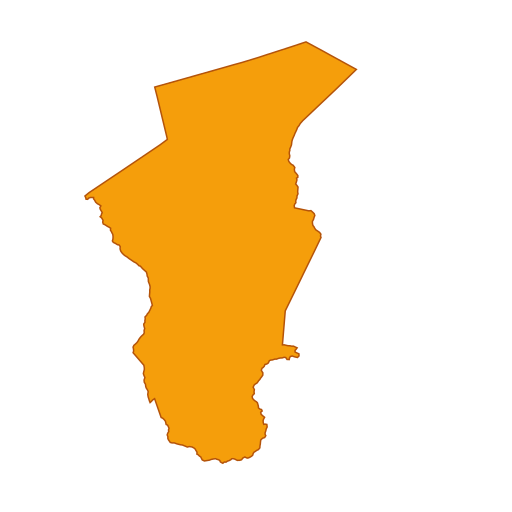 the district of Vitória da Conquista, Bahia, Brazil, rotated 344°
{"feature_id": "56859067B29313776642568", "entity_name": "Vitória da Conquista", "entity_type": "district", "adm_level": 2, "iso_a3": "BRA", "parent_name": "Brazil", "parent_adm1": "Bahia", "projection": "mercator", "projection_center": [-40.964, -15.074], "detail": "fine", "context": "isolated", "style": "filled", "palette": "amber", "viewbox_px": 512, "rotation_deg": 344, "n_neighbors": 0, "source": "geoboundaries", "source_scale": "gbopen_adm2", "svg_char_len": 4904}
<svg xmlns="http://www.w3.org/2000/svg" viewBox="0 0 512 512"><g transform="rotate(344 256 256)"><path d="M108.1,151.2L108.4,152.9L108.3,154.6L109.8,155.1L111.3,154.2L112.9,154.1L114.7,154.6L116.0,155.0L115.6,156.3L116.2,157.6L116.7,160.0L118.0,162.1L119.5,163.5L120.7,165.1L119.2,166.6L119.2,168.3L119.8,170.4L120.1,172.0L119.1,173.0L118.4,174.4L117.0,175.3L118.1,176.8L118.8,179.5L118.0,181.2L118.0,183.1L119.3,184.2L120.3,185.3L121.3,186.5L122.8,187.9L123.9,189.2L123.2,191.1L123.7,192.6L123.9,194.0L124.3,195.8L123.9,198.1L123.1,200.4L122.1,201.9L122.6,203.6L124.4,205.2L126.0,207.0L127.3,207.5L128.1,209.5L127.3,211.7L127.3,213.8L127.9,215.8L128.8,217.6L129.8,219.2L130.8,220.3L131.9,221.5L133.2,223.4L135.3,225.9L137.1,228.1L138.5,229.3L139.9,231.3L140.8,233.1L142.1,233.9L142.9,235.7L143.6,237.1L144.8,239.0L146.2,241.2L146.2,243.4L145.9,245.3L146.4,247.4L146.0,248.9L145.5,251.0L145.8,253.6L145.8,255.8L145.4,257.6L144.5,259.3L143.9,261.5L143.2,263.3L142.4,265.5L142.9,267.6L142.8,274.9L141.4,275.8L140.5,277.2L139.0,278.9L137.3,280.7L135.8,281.5L134.6,282.8L132.5,284.0L132.2,285.9L131.4,287.4L131.0,289.1L129.3,290.5L129.0,292.3L129.0,293.6L129.0,295.1L127.9,296.7L127.4,299.0L126.4,300.2L124.9,300.9L123.4,301.7L122.3,302.4L120.5,303.8L119.3,305.1L117.7,306.4L115.6,307.5L114.0,308.2L112.7,309.7L112.6,311.5L112.2,313.6L111.2,315.1L118.1,330.1L117.8,332.8L117.3,334.5L116.2,336.3L115.3,338.0L115.4,340.1L115.7,342.2L114.2,344.4L113.8,346.5L114.4,348.8L114.0,351.3L114.2,353.1L114.7,354.5L115.0,356.6L113.8,359.2L113.5,361.8L113.6,363.8L113.6,365.9L113.8,367.7L115.4,366.9L117.0,365.9L119.2,365.2L120.3,385.1L121.6,386.2L122.6,387.9L123.4,389.9L123.3,391.5L123.2,393.2L124.4,394.2L124.7,396.0L124.9,397.7L123.9,399.1L123.8,400.6L122.4,401.9L121.3,403.5L121.5,405.4L121.0,406.9L121.1,408.3L121.6,409.8L122.2,411.6L123.9,412.6L125.9,413.1L127.9,414.6L129.9,415.8L131.5,416.7L133.2,417.4L134.8,418.7L136.1,419.7L137.3,420.7L139.4,420.8L141.8,421.9L143.4,423.4L144.3,424.7L144.6,426.1L145.2,428.3L144.6,430.2L145.7,431.2L146.4,432.6L147.5,433.9L147.8,435.6L148.1,437.2L149.9,438.8L152.4,439.1L154.9,439.4L156.9,439.2L159.3,439.4L161.3,439.7L162.3,440.6L163.7,441.4L164.8,442.5L165.0,444.1L166.0,445.2L167.0,446.1L168.7,445.3L170.4,445.9L172.0,445.3L173.6,445.3L175.6,444.9L176.8,444.2L178.1,444.5L179.4,445.2L180.6,446.3L181.7,447.3L184.1,447.9L185.9,447.9L187.7,446.6L189.9,446.1L191.2,447.4L192.4,448.0L193.8,447.9L195.3,447.6L196.9,447.1L198.0,446.5L198.8,445.1L199.9,444.1L201.3,443.7L203.3,443.0L204.9,442.8L206.8,441.5L207.5,439.5L208.3,438.0L209.1,435.9L209.9,434.1L212.1,433.0L214.3,432.9L215.9,431.4L215.6,429.9L216.0,428.5L217.2,426.8L218.1,425.1L219.6,423.4L220.0,420.9L218.4,420.1L217.1,420.0L217.0,418.4L217.4,416.3L218.4,414.8L219.8,413.4L218.2,411.1L217.3,409.5L217.4,407.5L219.2,406.7L219.0,405.1L217.6,404.3L216.5,402.7L216.9,400.8L216.9,399.3L216.9,397.5L216.2,396.2L215.2,395.1L214.1,393.5L213.4,391.8L213.6,389.9L215.0,388.6L216.4,387.9L216.7,385.9L217.6,384.0L217.1,381.3L218.7,379.5L220.2,378.8L221.7,378.5L223.0,377.6L224.1,376.6L225.7,375.7L226.7,374.7L228.0,373.8L229.7,372.4L230.4,370.1L229.9,368.6L229.6,367.3L230.8,365.6L232.2,365.1L233.6,364.2L234.7,362.7L236.6,362.8L238.4,362.2L240.0,360.3L241.5,360.1L242.8,360.4L244.1,360.4L245.6,360.3L247.4,360.8L249.2,360.6L251.0,360.7L253.2,361.2L255.1,361.1L256.6,361.8L257.3,364.0L259.4,364.7L260.2,363.1L261.3,362.1L263.2,362.1L265.2,363.5L267.9,365.0L269.8,363.9L270.3,361.9L269.0,360.8L267.1,359.1L267.5,357.5L268.7,356.8L270.2,355.6L268.9,354.5L267.2,353.0L265.4,352.5L264.0,351.7L261.9,351.0L260.1,350.0L258.7,349.2L256.9,348.7L269.0,316.8L282.1,302.3L294.0,289.1L296.4,286.4L313.1,267.9L323.6,256.1L323.5,254.6L324.4,252.9L323.6,250.8L322.3,249.2L320.7,247.3L320.1,245.6L319.8,243.9L319.1,242.2L319.3,240.0L319.8,238.2L321.3,236.8L322.5,234.8L323.7,233.3L323.6,231.3L322.4,229.2L321.3,227.5L319.3,227.2L306.3,220.3L306.6,218.1L307.7,216.6L309.0,215.8L309.3,214.2L310.0,212.9L311.3,211.5L312.0,209.5L313.5,207.8L313.7,205.9L314.5,203.7L315.4,201.3L314.7,199.2L314.0,197.7L315.2,196.0L316.3,194.2L316.4,192.3L317.9,191.9L318.4,190.2L317.6,188.1L316.4,185.5L316.8,183.1L317.7,181.6L317.2,180.3L316.7,179.0L315.4,177.8L314.3,175.9L313.6,174.1L313.6,172.1L315.2,171.0L316.1,169.0L316.2,166.8L316.7,165.2L317.6,163.9L318.0,162.4L319.3,160.9L320.7,159.0L321.3,157.6L322.0,155.9L322.8,154.5L323.9,153.0L325.0,151.7L326.1,150.4L327.2,148.9L328.4,147.6L330.1,145.6L331.3,143.9L333.3,142.5L335.1,140.8L337.0,139.6L338.2,138.8L380.2,117.0L403.9,104.3L382.7,83.3L379.1,79.7L377.6,78.2L363.1,64.0L359.8,64.1L348.0,64.6L332.8,65.1L325.0,65.4L323.2,65.4L318.4,65.6L313.3,65.8L301.8,66.0L295.6,66.1L287.7,66.0L277.0,66.0L252.0,65.9L207.0,65.7L205.2,65.7L204.9,75.7L203.1,117.3L202.9,119.5L194.4,122.7L166.2,131.9L158.8,134.3L153.0,136.2L136.5,141.5L113.2,149.0L108.1,151.2Z" fill="#f59e0b" stroke="#b45309" stroke-width="1.5"/></g></svg>